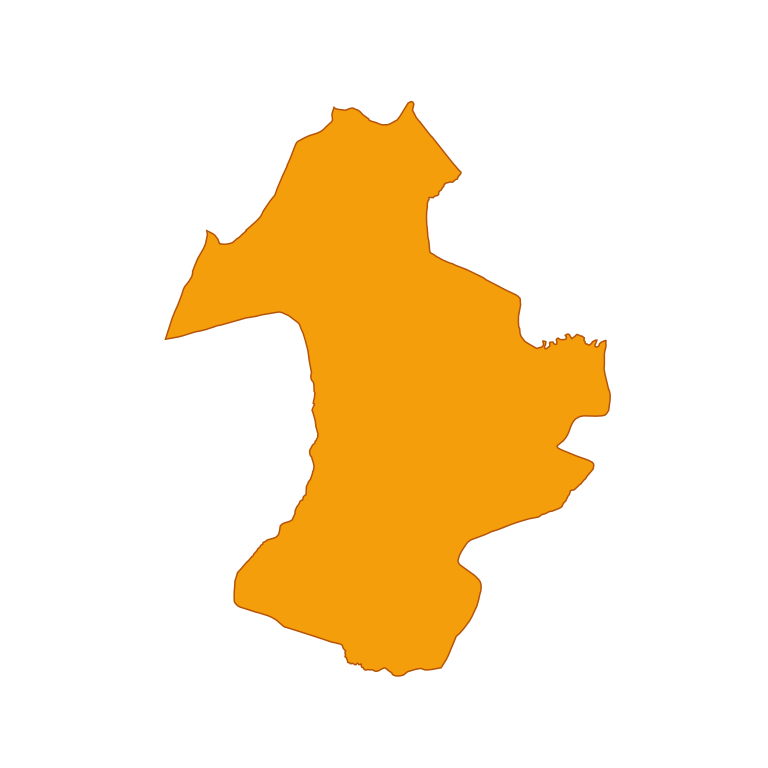 Prasat Ballangk, Kâmpóng Thum, Cambodia (Robinson projection), rotated 205°
{"feature_id": "14789045B6687253744380", "entity_name": "Prasat Ballangk", "entity_type": "district", "adm_level": 2, "iso_a3": "KHM", "parent_name": "Cambodia", "parent_adm1": "Kâmpóng Thum", "projection": "robinson", "projection_center": [104.812, 13.075], "detail": "fine", "context": "isolated", "style": "filled", "palette": "amber", "viewbox_px": 768, "rotation_deg": 205, "n_neighbors": 0, "source": "geoboundaries", "source_scale": "gbopen_adm2", "svg_char_len": 6171}
<svg xmlns="http://www.w3.org/2000/svg" viewBox="0 0 768 768"><g transform="rotate(205 384 384)"><path d="M546.2,613.6L545.6,608.6L545.0,606.0L542.8,602.6L542.2,601.3L542.3,599.6L545.2,592.6L546.5,588.9L548.3,585.8L550.7,583.0L556.7,577.5L560.6,572.9L564.7,567.3L565.2,565.8L565.3,563.3L564.3,548.4L564.2,542.1L563.9,539.4L563.9,530.0L563.4,516.1L562.7,509.3L564.6,501.6L565.8,494.3L566.6,488.7L566.4,486.8L566.8,483.1L567.8,479.7L569.3,475.8L574.1,464.9L573.6,464.4L575.5,460.3L577.1,456.0L578.9,453.0L580.6,449.0L581.4,447.7L584.1,445.4L586.5,443.8L590.2,442.2L591.4,442.1L592.0,441.6L593.1,442.4L596.0,445.2L600.6,447.5L602.4,447.8L609.4,448.1L607.1,444.6L605.0,435.7L604.8,431.1L605.8,419.3L605.7,414.8L605.1,405.4L604.1,402.9L603.6,400.1L604.2,394.6L605.8,387.8L605.8,385.0L605.1,379.7L604.3,369.4L604.1,359.4L603.7,353.5L601.0,332.2L590.6,339.5L587.5,342.0L577.3,351.3L572.6,354.7L568.1,358.4L559.7,366.4L556.6,368.6L537.2,385.4L528.5,391.3L524.5,394.7L509.8,404.8L507.0,405.6L499.2,405.7L488.1,403.3L485.8,402.3L482.7,399.2L478.9,396.0L473.6,390.1L467.2,382.3L461.1,372.8L454.4,363.5L453.9,360.7L452.8,358.6L451.2,356.9L448.8,355.8L446.6,352.7L444.3,347.9L442.7,346.7L442.2,344.5L441.2,342.2L440.8,339.5L440.0,336.6L438.5,336.5L438.2,329.9L435.7,327.4L431.0,321.9L427.3,316.0L425.7,314.5L424.4,312.6L422.6,310.9L422.5,309.5L421.7,308.8L421.7,303.8L422.2,303.2L421.7,301.1L422.9,298.5L423.3,292.7L422.8,291.2L421.5,289.1L420.3,287.8L419.2,287.6L414.9,282.9L412.5,279.7L411.5,276.1L411.6,274.6L411.0,272.5L410.4,266.8L411.1,263.2L410.9,261.2L411.0,258.3L407.8,250.6L408.8,249.5L409.4,247.6L408.7,244.5L409.8,243.6L410.5,242.3L410.4,240.7L410.6,237.5L411.1,236.2L411.0,231.7L409.9,228.9L409.8,222.2L411.3,219.8L415.5,216.0L416.7,214.6L417.7,212.7L418.0,211.4L416.8,207.4L415.9,203.4L416.4,201.4L417.2,199.4L418.6,197.9L423.9,193.3L424.8,191.4L426.6,189.2L426.1,187.9L427.4,185.8L427.6,183.6L428.6,181.6L428.8,178.9L430.1,175.1L430.0,173.0L430.9,171.5L432.1,166.9L433.2,164.2L435.8,154.9L437.0,151.3L435.7,142.2L432.7,134.7L432.4,133.5L429.7,127.4L427.7,123.6L426.4,122.6L423.1,121.2L420.2,121.0L403.0,123.2L400.9,123.7L391.0,125.0L387.5,125.1L381.9,124.6L373.0,122.0L370.8,121.8L369.9,122.1L339.9,126.0L321.9,128.0L320.0,128.6L313.0,129.9L311.6,129.6L309.0,127.1L306.8,126.1L306.2,126.2L305.8,125.5L306.0,124.3L304.8,122.6L304.3,122.2L304.2,120.7L303.9,120.2L302.6,120.3L301.9,119.3L300.6,118.3L299.2,116.4L297.1,116.7L296.4,116.3L295.8,116.4L294.7,117.5L291.6,117.4L290.9,117.6L290.2,119.7L289.5,119.7L288.0,119.0L286.7,120.3L286.1,120.5L285.7,119.2L284.9,118.3L284.1,117.8L283.2,118.2L281.4,117.0L280.5,116.8L279.5,117.1L278.2,118.2L275.9,119.0L273.9,120.1L270.9,119.9L269.4,120.5L268.1,121.4L266.1,124.1L264.1,126.5L263.0,127.2L257.4,125.8L255.3,125.7L253.6,124.4L252.7,124.2L250.5,124.3L247.2,125.6L245.2,126.9L243.2,128.7L241.1,133.1L235.7,138.0L231.8,140.9L230.3,141.8L226.5,142.1L224.5,142.8L219.8,145.6L212.3,151.0L211.1,160.9L211.0,164.8L211.9,185.9L210.2,189.7L208.3,196.1L206.3,206.0L206.0,210.5L206.0,221.9L207.1,228.8L208.2,233.4L208.9,237.8L210.0,240.7L211.6,243.6L213.5,245.6L215.8,246.9L221.1,248.8L239.0,252.2L240.9,253.5L241.5,254.1L242.4,255.5L243.2,260.5L243.0,265.7L241.7,274.2L241.3,275.9L239.5,279.3L228.5,290.5L224.4,295.4L219.5,299.9L209.4,310.5L203.7,316.0L195.4,323.3L188.0,328.6L187.2,329.5L185.9,332.1L185.1,333.1L184.1,333.6L183.0,334.7L181.1,337.2L180.0,338.4L177.8,339.9L173.3,344.6L171.4,347.0L170.9,348.4L171.0,351.0L170.7,352.8L169.9,354.7L169.8,360.5L169.3,362.3L169.9,366.0L169.4,366.7L166.8,368.6L164.0,375.8L163.3,376.7L162.3,381.2L161.7,382.3L161.2,383.9L161.2,385.4L158.6,395.0L159.1,397.7L159.7,399.3L160.6,400.3L162.0,401.0L166.3,401.3L179.1,400.1L196.0,399.3L199.1,399.5L200.6,400.3L200.9,401.3L197.4,408.7L196.4,413.0L196.2,415.6L196.2,418.6L196.8,424.9L196.7,429.0L196.0,432.3L195.3,433.9L192.8,437.2L189.6,439.5L178.0,444.6L173.0,447.3L171.8,448.2L170.4,449.5L169.8,451.0L169.2,454.9L172.3,464.8L174.4,469.7L176.5,472.6L179.1,475.2L188.1,486.6L191.2,491.1L192.0,493.5L193.3,496.5L196.9,504.2L197.9,507.8L198.5,511.1L199.4,513.5L200.3,514.8L201.1,517.1L201.7,517.1L204.7,513.8L205.7,511.4L205.4,509.7L205.7,508.8L206.2,508.0L207.3,507.2L208.5,507.2L209.0,507.6L209.2,508.5L209.5,513.7L210.4,513.5L212.6,510.8L213.0,510.0L213.0,509.0L213.4,507.8L214.6,505.9L215.7,505.7L217.0,506.1L218.0,505.6L218.8,505.9L219.8,507.5L220.8,507.8L221.5,508.4L221.6,509.6L221.9,510.4L223.4,510.7L224.3,511.1L226.4,510.6L229.7,510.6L230.3,510.2L231.3,507.5L233.0,504.5L237.1,507.1L238.3,507.0L239.4,506.3L240.3,504.6L238.8,503.8L238.2,503.1L238.0,501.7L238.8,500.9L240.4,499.9L243.2,498.7L245.5,499.2L246.2,498.5L246.6,497.4L246.4,496.5L245.2,495.6L244.4,493.4L244.7,492.6L246.3,492.2L247.0,492.3L248.6,493.4L251.1,492.1L251.4,491.3L249.7,488.6L252.0,484.3L252.7,484.1L253.9,484.9L254.4,485.7L254.2,487.2L254.3,488.4L255.2,490.8L258.0,490.3L257.8,489.2L256.6,488.2L256.0,486.6L256.3,485.0L256.9,483.6L258.0,483.2L259.8,481.4L260.6,480.8L261.8,480.8L272.4,481.8L274.7,482.3L279.6,484.9L280.7,485.9L282.2,487.5L284.4,491.4L286.2,493.0L288.5,497.2L290.8,502.4L293.6,513.3L296.7,518.9L299.4,520.1L302.0,520.5L313.2,520.6L335.8,521.6L338.5,522.3L357.0,522.6L369.0,521.8L372.8,521.9L375.0,521.5L382.3,521.2L390.3,521.7L392.9,522.2L397.6,522.6L399.0,524.2L403.6,532.2L406.4,535.8L410.6,543.4L412.7,546.6L415.8,552.7L418.4,558.8L419.4,562.4L420.8,565.5L421.6,568.7L421.1,570.0L422.1,571.7L421.5,572.4L418.2,573.6L417.8,574.8L417.0,576.1L415.5,577.2L414.6,578.7L415.4,581.3L415.2,582.2L414.1,584.0L414.0,586.3L413.4,588.3L413.8,590.6L413.3,590.9L412.8,592.5L411.7,593.0L409.3,595.2L407.8,595.5L406.8,596.4L405.6,599.4L404.1,600.9L404.4,603.1L403.5,606.2L403.4,607.8L404.1,608.7L405.2,608.9L415.5,613.5L444.2,627.9L447.8,629.3L461.2,636.2L467.2,639.0L473.9,644.2L475.2,650.2L477.0,651.7L478.8,651.4L480.9,648.8L482.7,633.1L483.7,628.9L488.0,622.9L490.3,620.5L495.2,618.1L499.0,617.6L500.8,617.7L506.7,616.8L509.1,616.9L510.0,617.8L516.7,619.0L520.8,620.7L523.5,621.2L526.4,620.9L528.6,621.0L530.0,620.3L531.4,619.2L532.6,618.0L534.2,616.1L534.7,615.8L542.5,613.3L544.7,613.1L546.2,613.6Z" fill="#f59e0b" stroke="#b45309" stroke-width="1.5"/></g></svg>